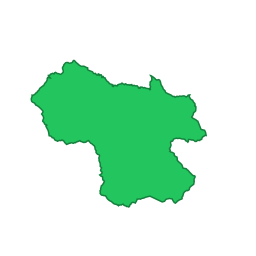 Nam Tra My, Quàng Nam, Vietnam (Natural Earth projection), rotated 326°
{"feature_id": "81297802B98842550999199", "entity_name": "Nam Tra My", "entity_type": "district", "adm_level": 2, "iso_a3": "VNM", "parent_name": "Vietnam", "parent_adm1": "Quàng Nam", "projection": "natural_earth1", "projection_center": [108.076, 15.133], "detail": "fine", "context": "isolated", "style": "filled", "palette": "green", "viewbox_px": 256, "rotation_deg": 326, "n_neighbors": 0, "source": "geoboundaries", "source_scale": "gbopen_adm2", "svg_char_len": 5790}
<svg xmlns="http://www.w3.org/2000/svg" viewBox="0 0 256 256"><g transform="rotate(326 128 128)"><path d="M66.8,47.1L66.5,47.7L66.2,48.1L64.0,49.8L63.3,51.3L63.1,52.1L63.3,53.1L64.6,55.3L64.4,56.1L64.4,57.6L64.7,57.8L65.3,58.9L66.0,60.9L66.8,64.8L66.9,66.3L66.6,67.0L66.2,67.4L64.2,68.1L64.3,70.5L63.9,72.1L63.4,72.8L61.5,74.2L61.1,74.7L61.1,75.1L61.5,76.3L61.1,77.8L61.2,78.5L61.3,78.8L62.0,79.6L62.3,80.3L62.2,80.4L61.3,80.2L60.9,80.8L60.4,85.5L59.6,87.6L58.3,90.3L59.6,91.7L59.8,92.9L59.7,93.6L60.9,94.8L60.7,96.5L60.8,97.4L61.9,98.9L62.2,99.6L64.0,99.8L64.4,100.1L64.7,100.6L65.1,100.7L65.5,101.0L66.3,100.9L67.1,101.7L67.0,102.1L67.5,102.8L67.4,104.8L67.8,106.1L67.8,107.2L69.1,107.6L70.7,107.8L71.4,108.3L71.9,108.2L72.8,108.5L74.2,110.2L75.5,110.2L76.3,110.9L77.4,110.7L78.4,111.1L79.1,111.1L79.6,111.5L80.8,111.4L81.1,111.5L81.2,112.5L81.5,113.0L82.2,113.7L82.9,115.0L83.3,115.2L83.6,115.5L84.0,115.5L84.6,116.0L85.4,116.2L86.2,115.9L87.5,116.3L88.0,116.2L88.3,116.4L88.4,116.5L88.3,117.4L88.6,119.8L89.2,120.8L90.1,124.3L89.9,125.2L88.9,127.2L88.8,128.2L89.0,129.1L88.6,129.5L88.1,129.9L87.8,130.5L88.0,132.7L89.0,133.9L89.0,134.6L88.8,135.2L87.0,136.6L86.4,138.1L85.7,138.9L85.5,140.3L85.0,142.2L83.5,144.3L83.8,146.3L82.5,147.0L81.5,147.9L81.5,148.8L81.8,149.7L81.7,150.3L81.0,150.9L80.3,151.2L78.3,151.1L78.5,152.4L79.6,154.1L78.2,156.8L78.2,157.3L78.7,158.1L78.5,159.2L77.8,159.4L76.8,160.2L75.9,160.4L75.2,160.9L73.6,161.0L71.3,163.1L70.8,164.0L69.7,164.4L69.1,165.8L68.3,166.6L68.4,168.3L68.8,169.1L69.6,169.8L70.1,170.5L71.1,171.3L71.5,171.9L71.3,175.1L71.7,176.9L72.4,178.6L73.0,179.4L73.9,182.8L74.6,183.8L75.8,185.0L76.1,186.0L76.7,186.2L76.9,186.5L76.7,187.1L77.6,187.1L78.9,187.6L79.6,188.2L80.4,188.1L81.4,188.4L81.5,190.0L82.7,191.5L83.0,192.4L83.7,192.8L84.1,193.2L84.3,193.8L84.6,193.9L85.4,193.8L86.3,192.9L88.0,192.7L88.6,192.2L89.9,192.1L91.4,193.1L92.1,194.3L95.0,192.8L95.7,192.1L97.8,193.2L98.6,194.0L100.0,194.1L102.2,195.0L103.8,195.2L108.1,196.8L115.0,208.4L117.3,209.2L119.4,208.4L120.5,208.6L122.1,209.3L123.0,209.5L123.5,210.2L124.9,211.4L124.6,214.8L124.8,215.4L124.7,215.8L125.3,216.8L127.1,216.6L128.1,216.2L129.3,216.4L130.4,216.3L132.3,216.8L133.3,216.9L134.1,215.5L135.2,215.2L136.8,213.9L137.3,213.3L138.4,212.8L139.7,212.5L141.6,212.6L142.1,212.8L142.4,213.3L144.0,213.4L144.6,213.1L145.5,212.1L146.1,211.8L148.1,211.5L151.0,211.4L153.3,209.0L153.5,208.1L154.5,207.1L156.0,206.3L156.6,205.5L156.4,204.9L155.5,204.0L155.1,203.2L154.3,198.8L154.2,197.3L154.0,196.4L153.7,195.8L153.5,194.3L151.2,192.1L152.1,188.5L151.7,186.4L151.0,184.1L150.8,182.1L151.4,181.4L152.3,179.7L152.3,179.4L151.5,178.3L151.1,176.9L151.1,176.5L151.9,175.3L151.9,174.6L151.0,172.9L149.9,171.6L149.6,170.7L150.2,170.5L150.6,170.2L150.7,168.6L151.1,168.1L151.9,168.0L154.1,166.3L154.3,165.9L154.7,164.6L155.3,163.7L156.4,163.1L157.2,163.7L158.0,163.7L159.6,162.6L162.4,163.5L163.2,164.4L165.3,165.5L166.1,166.8L167.8,168.2L168.7,169.1L168.8,169.6L168.6,170.6L169.5,172.1L169.7,173.2L170.6,172.9L170.8,172.3L171.8,171.4L173.2,172.5L173.8,173.4L174.3,173.6L175.2,174.5L175.6,174.7L176.1,176.6L176.3,176.8L177.4,177.4L178.7,177.0L180.5,178.5L181.6,178.0L182.2,178.5L182.7,178.6L183.6,177.8L184.7,177.2L188.0,177.3L188.6,177.9L189.9,174.9L190.2,172.7L188.0,170.3L187.8,169.9L189.7,161.4L189.1,160.4L188.9,159.2L187.3,156.2L186.9,154.8L187.1,154.4L188.3,154.1L189.3,153.5L191.0,152.0L192.7,151.9L193.7,151.6L195.0,150.0L196.2,148.3L196.2,148.0L195.7,147.3L195.7,147.1L195.9,146.7L196.5,146.5L196.6,145.9L197.1,145.2L196.8,143.0L197.1,141.2L196.3,139.6L196.1,138.8L196.3,136.4L196.5,135.9L197.7,135.1L196.2,134.4L195.3,134.8L193.9,134.9L193.6,134.5L193.3,134.4L193.0,133.5L192.4,132.7L190.8,131.8L190.0,131.6L188.7,130.4L187.6,130.2L187.0,130.0L186.4,129.1L184.2,128.8L184.0,127.7L182.7,126.8L182.1,124.7L180.4,122.1L179.2,120.0L179.1,119.3L179.5,117.9L179.0,115.5L179.5,113.6L179.6,110.6L180.8,107.6L181.0,106.0L180.4,105.0L178.7,104.4L178.5,104.1L178.1,103.1L178.0,101.8L177.2,99.5L176.2,97.3L176.1,97.2L176.1,98.5L175.9,99.3L175.2,100.7L174.5,101.6L173.9,102.0L172.2,102.2L171.9,102.4L171.2,103.6L170.3,104.5L170.0,105.3L169.9,106.2L168.6,107.3L168.2,108.5L167.6,108.6L167.4,108.3L167.5,107.3L165.4,105.4L164.3,103.7L163.3,103.4L162.6,102.1L161.1,101.0L160.5,101.7L159.2,101.2L159.1,100.9L159.6,100.5L159.3,99.8L159.2,98.2L157.4,97.0L156.9,96.0L156.0,95.8L155.3,95.3L155.1,95.0L155.4,94.5L155.4,94.1L154.2,93.9L153.9,93.2L153.2,93.3L152.3,92.1L151.5,91.8L151.0,91.2L151.0,90.5L150.7,90.0L150.2,89.8L149.5,90.1L149.2,90.0L148.6,88.9L148.5,87.9L147.6,87.3L146.9,87.6L145.4,86.9L144.3,86.6L143.5,86.5L143.1,87.0L142.8,87.1L142.0,86.6L141.6,85.7L140.7,85.6L140.4,84.8L140.1,84.5L139.7,84.6L139.2,85.2L138.8,85.3L138.6,84.9L138.6,84.1L139.1,83.7L139.2,83.1L137.9,81.6L137.4,80.7L137.5,79.2L136.8,77.6L136.7,74.9L137.0,73.7L136.1,72.7L136.2,71.6L135.1,71.7L134.6,71.4L135.4,70.5L135.5,68.9L135.1,68.6L133.6,68.4L133.5,68.1L134.1,67.8L134.2,67.5L133.6,66.5L132.7,67.0L132.0,66.9L131.7,66.3L131.5,64.5L130.5,64.1L130.1,63.7L129.9,62.7L130.0,61.9L129.9,61.4L127.5,58.0L127.3,57.3L127.3,56.6L128.0,56.0L128.2,55.5L127.4,54.6L126.0,52.1L124.1,51.0L123.4,50.2L122.6,48.4L122.5,47.6L121.6,44.6L121.3,42.2L120.9,41.7L120.3,41.6L118.5,42.5L117.7,42.4L115.4,41.5L114.9,40.2L113.4,39.2L112.6,39.1L110.9,39.5L110.0,39.8L109.1,40.7L108.5,40.8L107.6,41.2L107.0,42.1L106.4,44.2L105.5,45.5L104.1,45.8L102.4,45.9L101.7,45.5L101.0,44.3L99.7,43.1L99.1,41.4L98.1,41.2L97.0,41.8L96.8,41.7L96.3,40.7L95.9,40.4L94.9,40.4L93.9,40.0L92.8,40.5L91.4,39.9L91.3,40.6L91.5,42.9L89.6,41.2L88.6,41.9L88.0,42.8L87.4,43.3L85.7,44.1L84.2,44.4L81.7,45.7L80.8,45.5L77.0,45.8L75.3,46.8L73.7,47.0L72.2,47.6L71.0,47.5L70.1,47.9L68.2,47.9L67.7,47.8L66.8,47.1Z" fill="#22c55e" stroke="#15803d" stroke-width="1.5"/></g></svg>